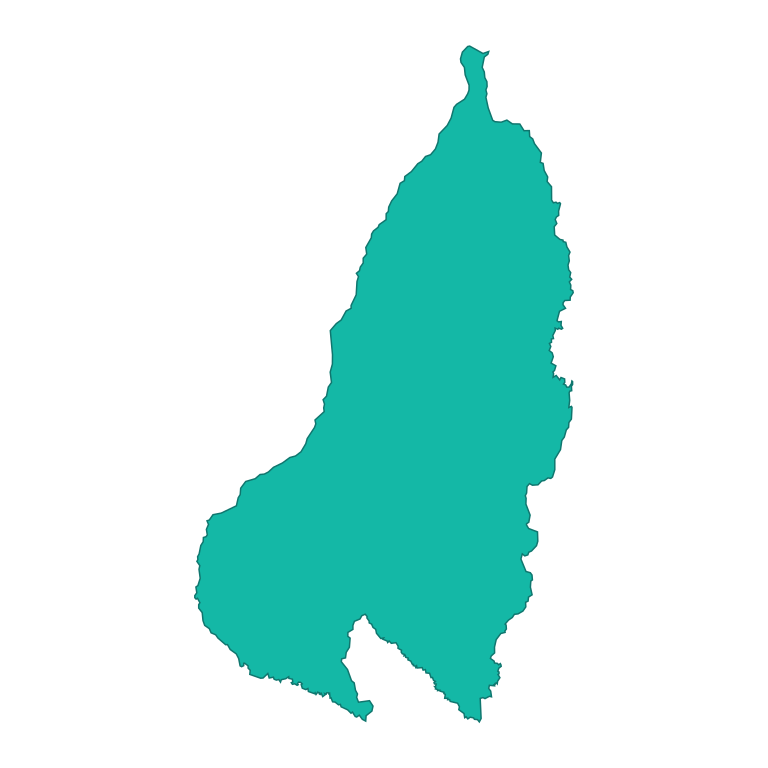 outline of Amalfi, Antioquia, Colombia
{"feature_id": "7082276B96310661388282", "entity_name": "Amalfi", "entity_type": "district", "adm_level": 2, "iso_a3": "COL", "parent_name": "Colombia", "parent_adm1": "Antioquia", "projection": "robinson", "projection_center": [-74.989, 7.02], "detail": "fine", "context": "isolated", "style": "filled", "palette": "teal", "viewbox_px": 768, "rotation_deg": 0, "n_neighbors": 0, "source": "geoboundaries", "source_scale": "gbopen_adm2", "svg_char_len": 6108}
<svg xmlns="http://www.w3.org/2000/svg" viewBox="0 0 768 768"><path d="M486.9,81.7L484.8,77.6L484.3,72.0L482.2,67.4L484.3,57.0L487.9,54.2L488.7,51.5L483.0,53.5L469.7,46.1L467.7,46.5L462.4,52.1L460.5,58.9L461.0,62.4L464.4,67.4L465.2,74.9L469.1,85.2L469.0,90.2L467.7,93.8L464.5,99.2L456.6,104.3L454.0,107.3L451.1,118.1L447.2,125.5L439.1,134.0L438.0,142.3L435.4,149.0L430.6,154.7L425.5,156.5L421.7,161.3L417.8,163.7L411.4,171.6L404.8,176.5L404.4,180.7L400.1,183.3L397.2,193.8L391.6,201.0L388.7,207.1L388.3,211.5L386.2,213.7L386.1,219.7L379.2,224.6L378.1,227.3L373.5,230.9L371.6,234.1L371.3,237.8L365.8,247.5L366.7,254.1L363.2,258.2L363.2,263.0L360.3,267.1L359.5,270.7L356.4,273.3L358.5,276.6L357.0,281.5L356.2,294.8L351.1,305.4L351.1,308.3L346.1,311.0L341.2,320.0L336.3,323.6L330.3,330.6L332.5,354.7L332.4,364.1L330.2,372.1L331.5,382.5L328.3,387.1L326.5,396.2L323.1,399.7L324.5,404.1L323.7,407.9L324.2,411.6L315.0,420.0L315.8,423.9L314.5,427.5L307.2,438.6L305.8,443.7L301.0,451.8L295.5,456.0L289.9,457.5L282.4,463.0L273.5,467.3L268.4,472.0L264.3,474.1L260.1,474.5L255.2,478.7L245.7,481.5L240.7,488.2L240.2,494.6L238.2,497.8L236.4,505.8L221.2,513.1L213.0,514.7L209.3,520.0L207.0,520.8L208.5,524.4L206.4,529.4L207.3,534.9L206.0,536.7L203.4,537.5L203.2,541.7L200.8,545.5L199.1,554.0L197.6,556.7L197.9,559.5L196.9,561.4L199.8,565.6L199.0,569.3L200.2,578.3L197.9,585.6L195.9,587.0L196.8,592.8L194.8,595.6L194.8,597.7L196.1,599.1L197.5,598.3L199.9,602.7L198.7,604.7L198.7,608.1L202.2,612.6L203.0,620.6L204.7,625.4L209.3,628.6L211.1,632.8L215.7,634.8L217.9,638.0L225.6,644.7L227.5,644.6L230.2,649.5L236.3,653.9L238.7,658.6L240.1,665.9L241.6,666.7L243.7,665.7L243.7,663.3L244.6,663.2L248.1,665.8L248.1,668.1L250.2,670.3L249.8,674.4L260.6,678.2L263.1,678.0L267.8,673.5L269.2,678.0L273.4,677.2L274.1,679.2L276.4,680.1L278.8,679.5L280.5,682.1L281.3,679.7L285.7,678.7L288.7,676.7L288.9,678.4L292.4,679.2L292.8,682.0L291.3,682.7L292.4,684.3L294.7,683.8L297.1,685.3L298.2,684.7L297.4,683.8L298.5,682.2L300.6,682.3L302.2,683.9L301.2,684.6L302.3,688.2L305.8,689.6L307.9,688.5L308.4,691.5L314.6,693.7L315.1,692.8L316.0,694.5L317.8,692.1L319.1,693.2L319.9,692.3L319.4,694.0L320.2,694.5L321.3,693.4L322.7,696.6L325.3,694.6L324.8,693.6L326.2,694.1L326.7,692.8L328.6,692.8L328.9,693.9L329.6,693.4L330.1,698.1L331.0,697.8L332.6,701.8L335.1,702.1L338.5,704.8L340.4,704.4L341.1,706.8L347.6,709.8L351.0,713.2L352.5,712.1L355.2,716.5L356.7,717.0L359.3,715.2L362.3,719.3L365.7,721.1L366.1,715.7L371.9,711.1L373.0,706.1L369.5,700.7L358.5,702.2L356.6,697.3L357.5,694.0L355.5,690.3L354.2,682.9L351.5,680.7L347.5,669.5L341.3,661.7L341.7,658.8L345.5,657.9L346.2,652.4L349.4,647.3L350.1,638.1L347.8,636.3L347.9,632.4L352.9,629.4L352.9,625.5L354.4,621.3L360.0,619.0L361.8,615.7L365.2,614.2L367.2,616.6L366.9,617.9L369.1,621.0L369.2,622.9L371.6,624.1L373.0,627.4L375.7,629.3L376.5,633.3L380.8,638.5L383.6,638.0L382.8,639.2L387.1,641.0L387.7,642.5L389.1,641.0L391.3,643.3L396.0,642.7L398.1,646.0L398.0,648.3L401.5,650.2L401.2,652.1L402.3,653.8L404.5,654.4L404.0,655.8L405.3,655.5L405.7,657.3L408.2,658.1L407.9,659.8L410.8,661.1L412.3,664.2L413.5,664.4L413.3,665.6L415.3,666.1L415.7,667.3L416.6,666.0L417.0,668.0L422.2,667.6L423.1,670.1L425.4,669.6L426.0,672.9L429.6,673.3L431.0,677.6L432.5,677.5L433.5,680.3L435.4,681.4L434.0,682.7L434.5,683.9L436.2,684.1L435.5,686.6L434.7,686.6L435.8,688.0L435.4,688.9L437.7,689.6L437.6,690.6L439.9,690.2L440.0,691.1L444.0,692.3L443.9,693.6L445.3,694.4L444.7,698.3L447.8,698.3L447.6,699.7L449.6,699.6L450.2,701.4L457.6,703.2L459.4,706.7L458.8,709.7L464.0,713.5L464.7,717.7L466.1,716.8L467.8,718.9L470.2,717.2L473.6,717.9L474.4,719.3L477.5,719.6L479.3,721.9L481.1,718.5L480.2,698.4L483.0,697.6L485.0,698.6L489.4,696.3L491.5,696.8L490.7,691.1L488.7,688.4L489.4,685.3L494.4,685.8L493.9,684.8L495.1,684.6L495.0,683.5L496.3,682.9L497.2,683.9L497.6,681.2L499.9,677.7L498.0,674.5L499.0,673.8L499.0,672.0L497.8,671.3L498.8,668.2L501.2,666.3L500.9,664.7L500.3,663.6L498.7,664.8L497.4,663.4L494.5,663.0L494.1,661.1L490.4,658.4L491.2,656.0L494.6,652.9L494.5,647.1L496.2,639.6L500.8,633.5L505.1,632.4L504.9,631.0L506.4,629.0L506.1,625.0L505.1,624.1L508.5,620.1L512.3,617.5L514.4,614.3L518.0,613.9L522.9,611.1L525.8,606.9L525.6,602.3L528.1,601.1L528.5,597.1L532.1,594.8L530.4,587.2L530.8,581.1L532.4,579.9L532.0,575.0L530.3,572.7L526.0,571.5L520.9,559.0L522.3,553.9L524.8,555.9L527.8,554.9L528.8,552.2L531.5,551.0L536.5,545.7L537.8,541.2L537.5,531.9L528.6,528.5L526.5,524.9L526.5,523.8L528.8,522.2L530.1,515.1L525.9,504.1L526.1,498.3L525.3,495.7L526.6,493.0L527.0,486.5L529.5,483.6L532.4,485.2L538.0,484.8L541.6,481.0L544.4,480.5L548.0,477.9L550.8,478.4L552.5,477.0L554.8,469.7L554.8,459.1L560.5,449.6L561.8,440.5L564.3,437.1L566.3,429.9L568.6,427.3L568.9,422.5L571.4,419.1L572.0,407.4L571.4,406.4L568.8,407.5L569.7,400.4L569.1,392.9L569.7,391.2L571.7,390.7L571.4,386.2L572.6,384.6L572.6,381.6L571.9,381.0L571.4,383.7L569.0,387.2L566.7,387.1L565.7,385.0L563.5,384.1L564.8,382.3L564.6,378.9L561.0,377.5L559.7,379.9L556.2,375.5L553.1,377.3L553.6,373.6L552.9,372.0L554.5,370.5L555.9,365.8L551.1,363.1L553.3,356.7L552.2,352.9L549.2,350.5L550.8,346.5L549.4,343.4L551.5,342.3L551.4,339.0L553.5,338.6L552.8,335.5L555.3,330.5L555.1,328.1L557.8,329.3L558.6,328.2L561.5,329.2L562.7,328.3L561.0,325.4L561.3,321.5L558.5,321.9L557.0,320.7L559.5,311.3L565.5,308.3L563.0,304.7L563.2,302.6L564.8,300.5L570.1,300.2L570.3,297.0L573.2,292.7L572.8,290.7L570.6,289.5L570.8,285.1L569.3,281.9L571.7,279.3L569.7,277.1L570.7,272.6L568.7,269.8L568.0,265.1L569.3,260.9L568.6,255.5L570.0,252.1L566.9,246.9L565.8,242.3L563.2,241.6L563.0,240.1L559.9,239.4L554.7,235.0L554.2,226.7L556.8,223.5L555.2,219.5L556.4,217.0L558.7,215.4L558.6,211.1L560.5,203.7L559.7,202.6L557.5,203.4L556.0,202.2L553.4,202.8L551.6,200.1L551.5,186.7L547.1,181.5L547.7,177.0L544.2,170.5L543.1,163.4L540.3,162.4L541.4,153.0L534.5,143.7L532.7,138.9L529.7,136.6L529.3,130.6L524.0,130.7L519.8,124.0L512.4,123.9L506.9,120.1L501.2,122.2L495.0,121.7L492.7,120.3L488.2,107.9L485.9,97.3L486.9,93.8L485.9,89.9L487.1,86.5L486.9,81.7Z" fill="#14b8a6" stroke="#0f766e" stroke-width="1.5"/></svg>